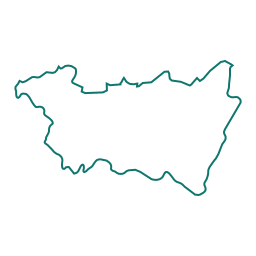 the border of Vosges
{"feature_id": "FRA-5355", "entity_name": "Vosges", "entity_type": "Metropolitan department", "adm_level": 1, "iso_a3": "FRA", "parent_name": "France", "parent_adm1": "", "projection": "albers", "projection_center": [6.233, 48.171], "detail": "fine", "context": "isolated", "style": "outline", "palette": "teal", "viewbox_px": 256, "rotation_deg": 0, "n_neighbors": 0, "source": "natural_earth", "source_scale": "10m", "svg_char_len": 2901}
<svg xmlns="http://www.w3.org/2000/svg" viewBox="0 0 256 256"><path d="M199.9,81.0L203.4,78.6L210.0,70.9L220.8,62.0L225.0,61.0L231.4,64.5L232.6,65.4L231.7,66.1L230.7,67.0L230.0,68.5L230.0,75.4L229.1,84.0L229.0,86.9L228.7,88.6L227.7,91.7L227.3,93.4L227.8,94.7L228.1,95.4L228.8,96.0L230.2,96.7L231.2,97.1L232.4,97.3L236.4,97.0L238.0,97.4L239.9,99.1L240.6,100.4L240.6,102.6L225.1,129.1L224.1,131.4L224.0,132.7L224.3,133.9L225.0,135.2L225.6,136.6L225.6,138.8L224.9,140.5L222.2,144.3L218.4,154.0L215.9,158.5L214.3,160.4L209.8,166.7L208.8,168.7L208.3,170.3L208.2,172.9L208.0,174.5L207.6,176.2L206.7,179.0L204.5,182.8L204.3,184.1L204.5,185.5L205.2,186.9L205.6,188.5L205.5,190.3L204.6,191.6L203.4,192.7L200.0,194.6L198.5,195.0L195.0,194.6L194.3,194.0L184.8,186.8L182.1,184.2L180.5,183.2L176.5,181.7L175.0,180.6L173.8,179.3L171.2,175.8L168.9,173.1L167.3,172.1L165.9,172.0L165.0,172.7L164.3,173.7L163.1,176.1L162.3,177.3L161.2,178.3L159.8,179.1L158.2,179.6L156.3,179.9L153.8,179.7L152.3,179.4L151.3,179.0L140.3,171.9L135.3,169.8L128.9,170.3L126.6,171.1L125.1,172.4L123.8,173.3L122.0,173.9L118.9,173.8L116.9,172.9L115.0,171.5L112.8,170.8L111.5,169.9L111.0,168.9L111.2,166.6L111.1,165.4L110.4,163.9L109.1,162.4L106.6,160.6L100.5,159.3L98.5,159.5L96.9,160.1L96.0,160.9L94.6,162.6L92.3,166.1L91.2,167.1L88.1,169.2L86.6,170.8L85.6,171.6L84.2,172.1L83.5,171.4L83.4,170.4L83.9,167.9L83.8,166.7L83.7,165.6L83.1,164.8L82.2,164.7L81.4,165.4L80.7,166.3L78.5,170.7L78.0,171.5L76.6,172.8L74.1,173.6L68.8,167.0L66.1,167.2L65.2,168.3L64.1,168.9L63.0,168.7L62.3,167.6L62.0,165.8L62.0,164.3L62.4,160.6L62.3,159.2L61.8,157.8L61.0,156.5L59.6,155.2L58.2,154.4L56.9,153.9L55.6,153.1L54.0,151.9L51.9,149.4L47.6,145.0L45.3,143.4L44.7,142.6L44.8,141.6L45.4,140.5L46.0,139.2L46.1,137.5L48.6,132.7L48.9,131.7L49.0,130.7L49.1,128.9L49.3,127.7L49.8,126.5L50.6,125.4L52.7,123.6L52.6,122.2L51.8,120.6L49.4,118.3L45.3,115.4L44.5,114.6L44.2,113.7L44.1,113.3L44.3,111.3L44.3,110.3L44.1,109.6L43.8,108.9L43.3,108.3L42.4,107.4L40.8,106.8L39.4,106.7L36.8,107.1L35.6,106.8L34.1,105.1L32.3,102.5L29.3,97.2L27.6,95.2L26.2,94.0L23.5,93.6L22.3,93.7L21.2,94.3L20.6,95.1L20.0,96.2L19.3,97.1L18.3,97.8L17.3,97.6L16.5,96.4L16.2,94.5L16.1,90.9L15.6,89.6L15.4,88.3L15.6,86.8L18.1,83.7L19.6,80.9L22.6,82.3L25.7,81.2L32.0,77.2L33.8,77.0L37.7,77.5L39.7,77.1L46.5,72.2L52.6,72.9L55.0,72.2L57.0,70.1L58.7,66.6L60.5,68.5L61.9,68.3L65.3,66.0L68.3,65.6L71.4,66.1L75.1,68.3L75.6,68.9L75.9,69.7L76.0,71.0L75.9,73.6L75.2,75.8L74.1,77.8L72.9,79.5L72.1,81.1L72.3,82.3L73.2,83.1L82.5,87.4L81.7,91.6L85.2,93.1L102.9,92.4L106.9,90.5L106.7,83.6L110.0,85.2L120.5,84.4L120.5,83.2L121.5,82.2L122.9,79.4L123.9,77.9L126.5,81.9L129.8,83.9L133.6,84.3L137.3,83.6L137.0,86.5L138.9,86.2L142.7,83.0L151.3,82.3L164.4,71.8L168.1,71.5L169.2,73.5L169.4,76.1L169.8,78.7L171.7,80.5L180.9,81.8L189.8,85.5L191.2,84.6L197.0,78.0L199.9,81.0Z" fill="none" stroke="#0f766e" stroke-width="2"/></svg>